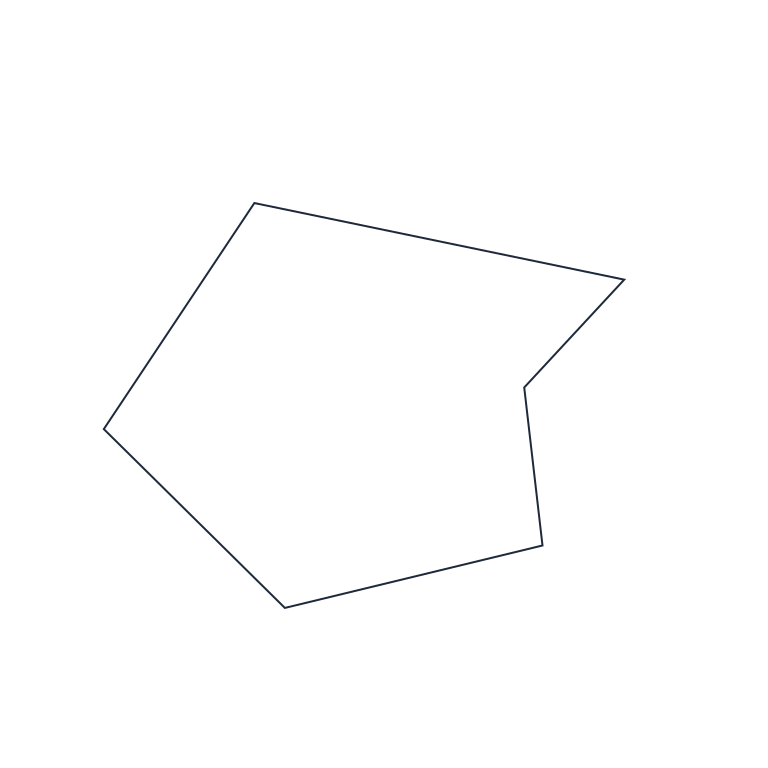 the district of Zarafshan city, Navoi, Uzbekistan, rotated 236°
{"feature_id": "79887680B3674714767305", "entity_name": "Zarafshan city", "entity_type": "district", "adm_level": 2, "iso_a3": "UZB", "parent_name": "Uzbekistan", "parent_adm1": "Navoi", "projection": "mercator", "projection_center": [64.188, 41.505], "detail": "fine", "context": "isolated", "style": "outline", "palette": "slate", "viewbox_px": 768, "rotation_deg": 236, "n_neighbors": 0, "source": "geoboundaries", "source_scale": "gbopen_adm2", "svg_char_len": 250}
<svg xmlns="http://www.w3.org/2000/svg" viewBox="0 0 768 768"><g transform="rotate(236 384 384)"><path d="M606.5,377.7L503.3,126.5L253.8,176.6L161.5,425.1L302.7,498.3L336.2,641.5L606.5,377.7Z" fill="none" stroke="#1e293b" stroke-width="2"/></g></svg>